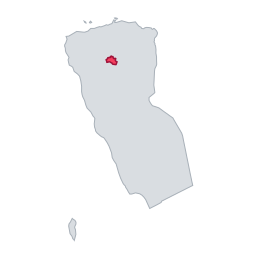 Bani Dabyan, Sana'a, Yemen shown in context, rotated 88°
{"feature_id": "15242507B92196142658872", "entity_name": "Bani Dabyan", "entity_type": "district", "adm_level": 2, "iso_a3": "YEM", "parent_name": "Yemen", "parent_adm1": "Sana'a", "projection": "albers", "projection_center": [44.869, 15.05], "detail": "fine", "context": "in_parent", "style": "filled", "palette": "rose", "viewbox_px": 256, "rotation_deg": 88, "n_neighbors": 0, "source": "geoboundaries", "source_scale": "gbopen_adm2", "svg_char_len": 3727}
<svg xmlns="http://www.w3.org/2000/svg" viewBox="0 0 256 256"><g transform="rotate(88 128 128)"><path d="M209.2,109.1L200.2,112.8L197.8,114.4L195.7,116.3L194.1,118.7L193.1,122.8L194.1,126.5L194.1,128.5L191.8,129.9L189.6,130.9L187.2,132.4L185.7,132.8L184.5,134.0L183.1,134.9L178.0,137.1L172.4,138.9L163.5,141.1L160.1,143.3L157.0,144.8L152.3,145.3L145.7,147.5L142.1,149.2L137.7,151.9L136.7,152.7L135.9,154.6L134.5,156.3L131.9,159.1L129.8,160.5L128.5,160.6L125.8,161.4L122.7,161.6L117.3,160.8L116.0,161.5L114.9,162.5L110.8,164.5L106.7,168.2L103.7,169.3L98.8,170.5L95.3,172.1L93.0,172.7L90.1,173.1L84.5,172.9L79.3,173.5L74.5,174.6L72.2,176.6L69.6,179.8L65.4,181.1L64.4,182.2L63.1,184.5L60.3,185.1L57.8,185.5L55.3,184.5L50.5,187.3L48.6,187.8L45.9,187.9L43.9,188.5L42.5,188.3L40.8,187.2L37.1,185.8L34.3,186.7L34.1,184.0L29.7,175.9L30.7,168.8L30.7,167.8L29.8,164.7L27.2,161.7L27.3,158.1L26.4,155.5L25.7,152.8L25.9,152.1L26.0,151.4L24.7,147.3L24.2,146.4L24.1,145.6L24.5,144.9L24.5,144.1L23.8,142.9L23.1,140.4L19.5,138.5L20.2,136.7L20.9,137.4L21.8,137.9L22.1,136.8L22.1,135.9L20.6,130.5L22.9,123.4L22.2,116.9L25.7,114.4L26.5,113.6L27.0,112.9L27.8,111.4L28.9,111.0L29.3,109.4L29.3,108.7L28.6,108.0L28.1,106.2L28.3,103.9L28.5,102.9L28.9,101.2L30.0,100.6L30.3,100.0L29.4,98.9L29.5,98.3L31.5,96.4L32.3,95.9L33.6,95.3L34.7,95.3L35.8,95.7L36.9,96.2L37.9,97.1L39.0,98.2L40.6,98.6L41.8,98.5L42.7,99.0L43.4,98.8L44.3,98.2L45.7,98.2L47.0,97.6L50.6,97.3L54.1,97.5L57.7,97.0L61.3,97.1L65.0,97.1L65.8,97.2L66.6,97.5L69.7,99.1L72.0,99.5L76.7,99.9L81.7,100.3L86.0,100.7L89.7,100.3L92.8,100.0L93.6,100.0L94.5,101.0L96.4,103.5L98.2,105.9L101.2,106.0L103.1,105.1L105.3,103.8L106.6,102.8L108.0,98.9L109.0,96.4L111.2,93.6L113.1,91.2L115.5,88.0L116.9,86.3L119.5,82.8L122.1,81.5L127.1,78.8L131.9,76.2L135.1,74.5L137.8,73.7L142.3,73.0L147.6,72.1L153.0,71.2L158.6,70.3L165.0,69.2L169.3,68.5L174.8,67.6L179.4,66.8L183.5,66.1L187.7,65.3L188.5,67.2L189.4,69.1L190.2,70.9L191.1,72.8L192.0,74.7L192.8,76.5L193.7,78.4L194.5,80.2L195.4,82.1L196.3,84.0L197.1,85.8L198.0,87.7L198.9,89.6L199.7,91.4L200.6,93.3L201.5,95.2L202.3,97.0L203.6,97.5L204.5,99.3L205.7,101.7L206.9,104.2L208.0,106.6L209.2,109.1ZM224.6,184.6L225.8,184.8L227.5,184.1L232.4,183.8L238.5,185.6L237.4,186.2L236.8,187.0L234.2,187.8L231.6,189.6L224.0,190.7L221.8,190.3L219.9,188.8L216.4,186.9L217.7,185.5L218.0,184.9L218.4,184.3L220.3,183.3L222.2,183.4L224.6,184.6ZM21.6,162.5L21.4,162.9L21.0,162.8L19.9,161.7L21.2,160.6L21.8,161.7L21.6,162.5ZM18.2,137.2L17.6,137.6L17.5,136.8L17.9,135.2L18.5,134.7L18.9,135.9L18.6,136.6L18.2,137.2ZM21.0,167.5L19.7,168.1L20.6,166.6L21.4,166.3L21.7,166.3L21.0,167.5Z" fill="#d9dde1" stroke="#a8b0b8" stroke-width="1"/><path d="M61.6,146.8L61.6,146.5L61.6,146.4L61.5,146.2L61.5,145.9L61.4,145.8L61.4,145.7L61.3,145.0L61.3,144.9L61.2,144.7L61.2,144.3L61.2,144.1L61.3,143.8L61.6,143.3L61.9,143.0L62.1,142.6L62.4,142.1L62.6,141.9L62.6,141.7L62.8,141.6L63.0,141.6L63.4,141.3L63.6,141.1L63.8,140.8L63.8,140.4L63.9,140.0L64.0,139.3L64.2,138.6L64.2,138.1L64.2,137.8L63.9,137.6L62.9,137.2L61.8,136.8L61.5,136.7L61.4,137.0L61.2,137.3L60.7,137.9L60.6,138.0L60.1,138.2L60.0,138.3L59.5,138.3L59.4,138.3L59.0,138.1L58.8,138.0L58.4,137.8L58.1,138.0L57.9,138.4L57.9,138.5L58.0,138.8L58.0,139.0L58.1,139.3L58.1,139.6L58.1,139.8L57.9,140.1L57.4,140.2L57.1,140.3L56.6,140.6L56.2,140.6L56.2,140.8L56.1,141.3L55.9,141.5L55.8,141.9L55.6,142.0L55.6,142.3L55.7,142.5L55.8,142.7L55.9,142.9L56.1,142.8L56.5,142.8L56.8,142.9L56.8,143.0L56.9,143.4L56.9,143.5L56.9,144.3L56.9,144.5L57.0,145.3L57.1,145.7L57.7,145.8L57.9,146.1L58.0,146.2L58.4,146.6L58.6,146.7L58.7,146.9L58.8,147.0L59.0,147.4L59.1,147.5L60.2,147.1L61.0,146.9L61.6,146.8Z" fill="#f43f5e" stroke="#9f1239" stroke-width="1.5"/></g></svg>